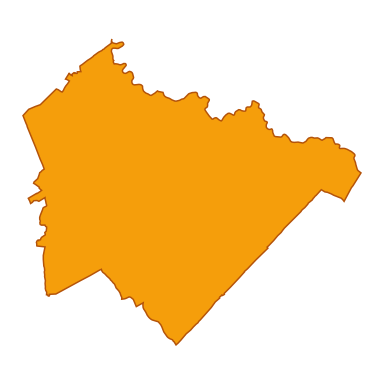 the district of Costuleni, Iasi, Romania
{"feature_id": "2599482B11377043097002", "entity_name": "Costuleni", "entity_type": "district", "adm_level": 2, "iso_a3": "ROU", "parent_name": "Romania", "parent_adm1": "Iasi", "projection": "albers", "projection_center": [27.868, 47.006], "detail": "fine", "context": "isolated", "style": "filled", "palette": "amber", "viewbox_px": 384, "rotation_deg": 0, "n_neighbors": 0, "source": "geoboundaries", "source_scale": "gbopen_adm2", "svg_char_len": 5808}
<svg xmlns="http://www.w3.org/2000/svg" viewBox="0 0 384 384"><path d="M361.0,172.9L357.8,170.4L357.1,168.9L355.8,164.4L355.5,162.7L354.1,159.1L353.9,158.3L354.0,157.5L354.8,156.1L354.9,155.6L354.9,155.0L354.5,154.2L353.7,153.4L351.6,151.7L347.1,149.3L345.1,148.6L343.8,148.4L339.9,148.5L339.6,148.4L339.3,147.6L339.7,146.3L339.8,145.6L339.6,145.2L338.8,144.5L338.0,144.2L336.6,144.0L335.6,144.2L335.2,143.9L334.3,142.5L333.0,138.8L332.4,138.1L331.8,137.8L326.0,137.6L324.4,139.0L323.5,139.3L322.3,140.2L322.0,140.2L321.4,140.0L318.7,138.3L317.5,137.9L314.4,138.1L312.1,137.4L310.9,137.4L308.5,138.2L307.4,139.4L306.1,141.2L303.5,142.8L302.6,143.0L298.1,142.1L294.1,142.4L292.0,142.1L290.7,141.3L288.6,137.7L286.1,135.1L285.1,134.5L284.2,134.3L283.3,134.7L281.8,136.7L280.6,137.1L275.6,136.6L274.4,136.2L274.0,135.5L273.0,133.1L272.7,132.2L272.6,130.5L272.1,129.2L271.4,128.9L270.2,129.4L268.8,129.4L267.5,128.7L266.6,127.7L266.3,127.1L266.2,125.9L266.4,124.4L267.2,122.8L267.2,122.2L266.7,121.6L265.5,121.3L264.7,120.9L263.9,119.6L263.5,118.6L263.4,117.9L263.5,116.9L264.2,115.6L264.4,114.6L262.0,111.9L261.2,109.6L260.8,109.1L258.7,107.8L258.5,107.1L259.1,104.5L258.8,103.7L254.5,101.2L253.3,100.9L252.3,101.2L251.8,104.5L251.5,105.4L251.2,105.9L250.1,107.0L247.4,107.0L246.4,107.5L246.1,108.0L245.8,110.2L245.7,110.7L245.4,111.0L244.0,111.2L241.7,110.7L240.0,109.8L238.7,109.7L235.7,111.6L235.0,112.6L234.4,114.7L233.7,115.2L233.3,115.1L230.5,113.6L229.2,113.2L228.0,113.4L225.8,115.0L223.8,117.2L222.0,120.2L221.5,120.8L221.1,120.9L219.5,120.2L216.8,118.0L216.0,117.7L214.3,118.1L212.9,119.1L212.1,119.1L209.3,116.1L206.1,111.7L204.9,109.7L204.9,109.2L205.4,108.3L206.8,107.4L207.4,106.7L207.6,105.6L207.6,103.2L209.2,100.5L209.3,99.6L209.2,99.3L207.8,98.2L205.2,96.5L203.5,96.6L202.4,97.2L201.3,98.0L200.6,98.2L199.1,97.6L197.6,95.6L197.3,93.3L196.8,92.8L195.9,92.3L192.2,92.6L189.4,93.5L188.6,93.9L184.2,98.4L183.4,98.8L181.6,99.2L179.6,100.3L176.4,101.1L175.0,101.1L172.0,99.9L169.5,98.4L166.3,97.3L164.8,96.3L163.9,95.1L163.0,92.4L159.0,91.6L158.5,91.6L157.6,90.9L157.1,91.2L154.9,93.1L151.2,95.4L150.0,95.2L148.0,93.9L145.9,93.1L144.6,92.1L143.6,91.2L142.8,89.2L142.6,87.8L142.5,86.1L141.4,85.0L140.0,84.5L138.9,84.4L134.6,84.9L133.7,84.7L132.8,84.2L132.3,83.5L131.9,82.6L131.8,80.6L133.1,78.8L133.4,78.2L133.6,77.5L132.6,73.6L132.1,72.7L131.5,72.1L130.4,71.6L129.5,71.4L128.5,71.8L126.4,73.1L125.2,73.4L123.7,73.0L122.7,72.0L122.4,70.7L122.8,69.5L126.1,65.5L126.1,64.7L125.9,64.1L125.4,63.6L123.8,63.5L121.7,64.5L120.4,64.8L119.2,64.6L117.9,64.1L115.7,63.8L114.2,63.9L113.3,62.1L113.4,61.1L113.8,60.5L113.2,59.9L112.9,58.8L112.9,56.4L112.7,55.3L111.4,51.7L111.5,50.1L111.7,49.3L112.5,48.5L113.0,48.2L115.2,48.2L117.1,48.5L118.4,48.4L122.3,46.1L123.7,44.6L123.7,44.0L123.0,42.6L122.1,42.1L119.7,42.5L116.8,43.7L116.0,43.7L113.4,43.1L112.3,42.5L111.8,41.5L111.6,40.5L111.8,39.7L112.1,39.1L111.7,39.6L111.5,40.5L111.3,42.3L111.4,43.2L105.3,47.7L103.8,49.2L102.9,49.5L101.9,50.5L98.7,52.1L93.7,55.7L93.0,56.6L90.2,58.7L87.6,60.3L82.1,64.6L80.2,65.8L79.9,66.2L80.3,69.7L80.9,71.6L77.3,71.8L77.2,73.1L77.1,73.4L76.1,73.4L75.3,72.9L74.9,73.4L74.7,73.4L74.3,72.7L73.9,72.7L73.3,73.4L72.8,73.5L72.3,74.4L72.0,74.4L72.2,75.6L71.0,75.1L70.9,74.7L70.1,74.5L69.4,73.4L68.8,73.5L68.7,74.0L65.5,79.1L67.1,79.6L69.4,81.0L67.6,83.7L65.6,86.2L64.4,88.2L63.4,90.3L62.7,91.4L62.1,92.0L61.0,91.6L58.2,89.7L56.3,89.0L40.3,104.7L35.3,106.5L28.7,109.3L23.0,115.6L26.0,123.3L27.0,125.5L27.2,126.7L35.5,147.0L40.2,159.2L42.7,164.9L44.2,169.1L42.1,170.5L41.3,171.5L39.7,172.7L39.2,174.6L37.7,178.7L34.1,181.9L33.6,183.3L35.3,184.3L39.0,187.0L39.3,187.3L39.1,188.0L40.3,189.3L41.6,190.3L40.2,191.5L36.9,193.6L36.6,193.4L28.3,198.3L29.8,201.2L30.6,203.5L32.3,202.4L33.8,200.7L37.0,200.5L38.9,201.3L45.0,197.6L45.1,199.1L45.6,200.8L46.1,203.4L46.7,205.3L46.5,205.9L46.2,206.2L43.4,207.6L43.0,208.2L42.5,209.8L40.5,214.8L39.7,217.3L39.7,218.4L39.7,219.3L40.2,220.7L40.2,221.6L39.9,222.5L40.0,223.6L40.2,224.5L41.4,225.1L44.9,225.1L45.6,226.4L46.6,226.9L46.6,228.3L46.2,231.2L44.9,232.4L44.8,232.8L45.3,234.0L45.2,234.9L41.5,237.4L40.8,238.6L40.5,239.6L40.2,239.9L38.7,240.0L38.6,240.6L37.8,240.2L37.6,240.3L36.9,241.1L36.4,242.4L36.7,243.6L36.8,245.9L37.0,246.0L45.0,246.9L43.5,254.4L43.3,255.4L43.3,259.4L43.8,266.0L44.4,267.7L44.6,269.8L44.7,270.3L44.3,271.9L44.7,275.0L44.6,276.6L45.4,280.6L45.1,283.5L45.4,286.8L45.3,288.4L45.7,290.3L46.6,292.0L46.7,293.0L46.5,294.2L46.5,294.8L47.5,294.8L48.1,295.9L49.0,296.1L49.5,295.6L49.4,294.3L55.9,294.0L80.5,280.6L90.0,275.6L99.2,270.3L101.4,269.3L101.7,270.6L102.7,272.2L105.0,274.0L106.8,276.0L109.9,278.8L110.4,279.8L111.7,281.0L113.4,283.1L114.2,283.7L115.0,285.1L116.1,287.9L118.8,290.9L120.0,292.9L120.8,295.3L121.8,297.6L121.7,299.2L124.2,298.9L125.7,298.5L129.1,296.9L130.7,297.3L133.3,299.4L136.3,306.6L143.2,302.8L142.9,304.7L143.1,307.4L143.6,308.8L145.8,312.2L147.3,315.3L148.9,317.4L150.5,318.9L152.1,319.9L158.3,321.8L160.8,324.8L162.0,327.2L163.8,331.9L167.1,336.6L168.0,337.5L169.6,338.6L172.5,339.8L173.3,341.2L174.1,341.8L176.0,344.9L178.0,343.2L181.0,340.0L186.2,333.8L190.7,330.0L193.4,326.9L196.2,324.1L197.8,322.9L199.0,321.1L200.3,319.9L211.3,307.5L215.3,301.9L219.6,298.2L219.4,297.8L219.7,297.0L220.6,296.4L221.9,295.0L222.5,295.5L224.4,294.4L224.2,293.4L230.5,287.1L239.7,277.3L244.5,271.9L244.4,271.5L247.5,268.8L255.7,260.1L267.9,248.2L267.1,247.1L268.8,245.6L273.7,240.5L277.6,235.8L281.1,232.5L282.3,230.8L284.3,228.2L300.8,211.7L301.2,211.2L301.5,210.5L303.1,209.0L304.8,207.6L307.8,204.2L308.3,203.1L312.2,200.0L313.3,198.3L314.0,197.6L315.0,196.3L316.2,195.3L321.3,189.7L324.9,191.9L327.4,192.3L331.5,194.0L333.6,195.2L341.2,198.2L342.8,199.7L344.1,201.4L351.4,187.7L353.0,185.7L361.0,172.9Z" fill="#f59e0b" stroke="#b45309" stroke-width="1.5"/></svg>